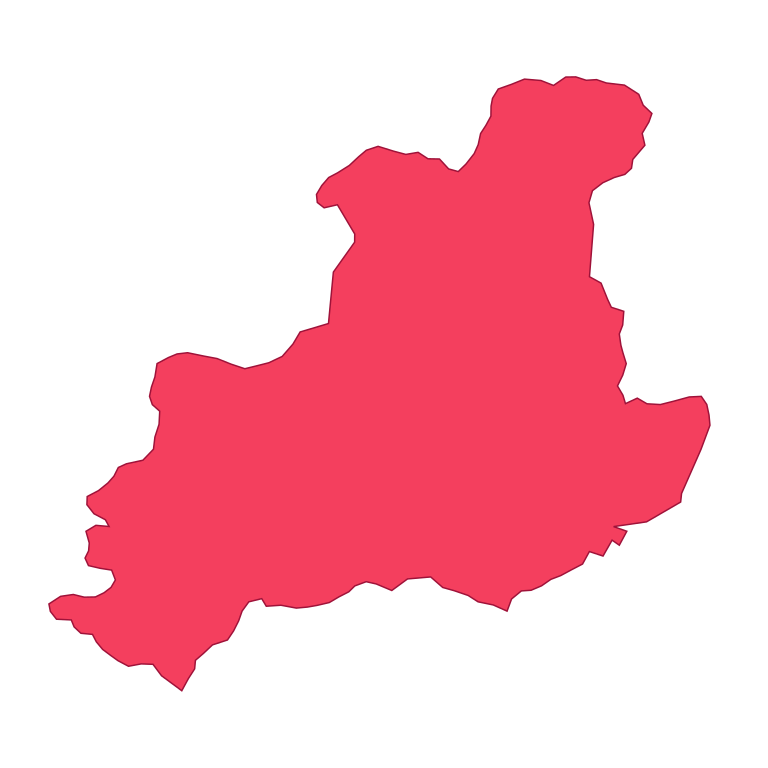 outline of Canela, Rio Grande do Sul, Brazil, rotated 272°
{"feature_id": "56859067B50689624337337", "entity_name": "Canela", "entity_type": "district", "adm_level": 2, "iso_a3": "BRA", "parent_name": "Brazil", "parent_adm1": "Rio Grande do Sul", "projection": "equal_earth", "projection_center": [-50.777, -29.344], "detail": "fine", "context": "isolated", "style": "filled", "palette": "rose", "viewbox_px": 768, "rotation_deg": 272, "n_neighbors": 0, "source": "geoboundaries", "source_scale": "gbopen_adm2", "svg_char_len": 2449}
<svg xmlns="http://www.w3.org/2000/svg" viewBox="0 0 768 768"><g transform="rotate(272 384 384)"><path d="M663.7,642.3L671.7,633.3L682.4,628.5L691.1,613.9L692.6,595.7L695.6,585.8L694.6,575.5L697.6,565.0L697.1,554.9L688.3,543.0L692.8,530.2L693.6,513.7L688.0,501.1L682.8,487.9L673.3,482.5L665.5,481.3L655.4,481.5L646.0,476.8L637.7,471.8L626.5,469.8L617.4,466.1L606.6,458.2L598.9,450.8L601.2,441.1L610.8,431.6L610.6,420.1L616.7,410.0L614.2,397.8L617.0,385.6L621.3,369.8L617.0,358.2L610.3,350.8L601.2,341.7L593.4,330.2L588.4,321.5L580.2,314.9L571.1,309.9L563.1,311.0L558.0,318.0L561.5,331.2L532.9,349.5L524.7,349.7L494.1,329.5L442.5,326.4L433.1,298.4L420.7,291.6L408.0,281.3L401.2,268.1L397.7,256.1L394.4,244.4L398.5,230.5L403.6,216.3L405.6,203.1L408.4,186.6L406.8,176.1L402.9,167.6L396.5,156.5L383.0,154.8L372.8,151.7L363.5,150.1L355.3,153.2L349.0,160.8L335.9,160.6L323.0,156.9L310.8,155.9L299.4,145.7L295.3,129.4L291.3,121.4L282.4,117.3L275.4,111.5L267.5,102.4L261.2,91.3L253.0,91.3L244.2,98.7L238.6,110.3L232.0,114.2L232.7,101.0L226.4,91.3L214.8,95.0L206.9,94.6L199.6,91.3L192.2,95.0L189.9,106.8L188.5,118.3L178.8,122.4L171.2,118.3L165.6,111.5L161.1,103.0L160.5,91.9L162.8,80.8L160.5,68.2L152.5,56.8L145.1,58.5L137.5,64.9L137.3,79.7L130.4,82.8L124.3,89.8L123.6,101.4L116.3,105.5L108.9,112.1L103.0,120.6L98.2,127.8L93.0,138.5L95.8,151.1L95.8,162.9L84.6,171.9L77.5,182.3L70.4,192.6L82.8,198.8L92.7,204.7L101.3,205.2L108.5,213.0L117.3,221.7L122.7,236.5L132.0,242.3L142.2,247.0L152.1,250.1L161.6,256.5L165.2,269.3L157.8,274.1L159.3,288.7L157.0,304.2L158.4,315.3L160.4,324.8L163.7,337.0L169.7,346.4L175.1,356.1L181.2,361.9L185.8,373.1L183.9,383.2L177.9,399.0L190.0,414.3L192.8,437.4L182.7,449.8L179.9,461.3L175.6,475.5L169.6,485.6L167.0,500.9L161.3,514.9L173.6,519.0L182.0,528.5L183.0,538.2L187.8,548.5L194.6,557.6L198.7,567.3L204.5,577.2L211.0,588.7L223.7,595.1L219.7,608.9L235.9,617.4L231.1,624.8L245.3,631.8L249.5,618.4L255.4,651.2L276.4,684.6L285.0,685.2L329.8,703.1L354.1,711.2L364.3,709.9L374.8,707.3L382.7,701.5L381.7,689.5L377.1,674.7L373.1,660.9L373.4,647.5L378.7,637.6L372.8,626.0L381.1,623.2L390.2,617.4L401.2,622.3L412.8,625.4L423.5,621.7L431.0,619.4L442.2,617.4L451.3,620.5L465.0,621.1L468.6,608.5L476.2,604.6L492.4,597.4L498.4,585.6L550.8,587.9L572.3,582.5L584.5,585.6L592.8,595.7L598.4,606.9L601.9,617.4L608.2,623.8L617.1,624.8L631.7,636.4L643.5,633.3L655.1,639.6L663.7,642.3Z" fill="#f43f5e" stroke="#9f1239" stroke-width="1.5"/></g></svg>